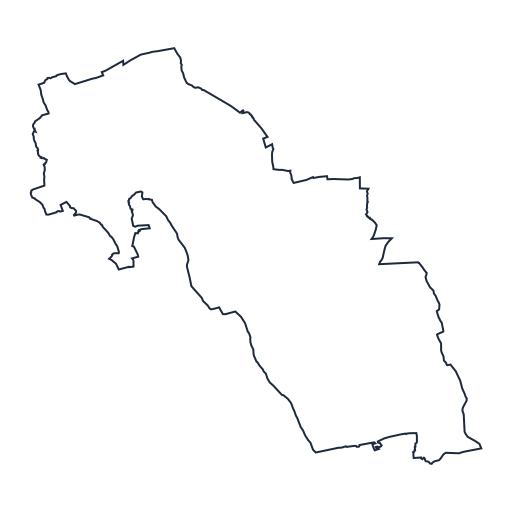 Vultureni, Bacau, Romania (Natural Earth projection)
{"feature_id": "2599482B57556224697015", "entity_name": "Vultureni", "entity_type": "district", "adm_level": 2, "iso_a3": "ROU", "parent_name": "Romania", "parent_adm1": "Bacau", "projection": "natural_earth1", "projection_center": [27.229, 46.411], "detail": "fine", "context": "isolated", "style": "outline", "palette": "slate", "viewbox_px": 512, "rotation_deg": 0, "n_neighbors": 0, "source": "geoboundaries", "source_scale": "gbopen_adm2", "svg_char_len": 5951}
<svg xmlns="http://www.w3.org/2000/svg" viewBox="0 0 512 512"><path d="M481.3,448.4L479.4,443.8L475.0,440.9L467.6,436.8L465.7,434.0L464.6,431.8L463.7,414.3L462.4,410.6L462.7,408.3L463.3,406.8L466.6,400.6L466.7,398.4L465.6,396.6L464.5,393.4L463.0,390.3L462.0,387.7L460.3,380.9L455.8,371.3L450.5,364.6L447.3,365.2L446.8,364.8L445.9,362.6L443.9,360.5L443.6,356.8L441.5,352.0L441.1,350.2L441.1,343.9L440.8,342.8L438.7,339.2L437.0,334.8L437.6,334.1L443.1,331.7L443.4,331.2L441.8,323.0L440.1,320.3L439.4,318.6L438.7,317.8L438.6,317.0L437.7,314.6L436.8,311.1L439.1,309.4L439.5,304.8L438.9,302.9L437.3,299.9L435.7,295.9L434.0,293.7L433.4,290.5L430.1,287.4L426.6,281.0L425.5,277.0L426.3,275.2L426.7,273.0L424.3,270.1L422.6,267.5L419.1,263.0L418.5,263.0L418.0,262.3L379.2,264.2L380.3,261.4L381.2,260.6L382.6,258.0L384.5,249.6L385.6,245.8L388.0,242.3L391.8,238.3L383.8,238.2L371.6,239.0L373.1,236.8L374.0,234.9L375.8,229.5L376.7,225.2L375.1,222.9L372.8,220.4L372.3,220.3L371.9,219.6L370.5,219.2L370.0,218.8L370.4,218.5L369.9,217.7L369.1,217.8L367.5,216.7L367.8,216.5L366.0,214.4L367.5,212.1L366.5,209.5L367.2,207.6L366.9,206.5L367.3,202.5L367.8,202.0L367.4,201.6L367.4,197.4L367.0,195.7L367.7,193.7L366.9,191.4L368.4,188.7L359.9,188.4L359.8,177.3L357.2,178.0L354.1,178.2L352.4,179.0L348.3,179.5L333.5,179.0L327.5,179.3L327.0,176.2L319.3,176.9L313.4,178.0L313.0,177.1L306.2,180.0L293.6,182.9L291.5,178.9L291.7,178.3L291.3,175.4L290.2,172.6L290.3,170.7L288.2,171.1L282.7,169.9L279.4,169.9L273.5,169.2L273.3,166.9L272.2,161.6L272.0,154.6L272.2,152.1L273.4,148.9L272.7,147.7L272.1,144.2L265.8,147.5L263.2,138.6L267.5,136.9L261.3,128.2L254.0,119.8L253.3,117.8L252.9,117.9L252.0,116.8L251.9,115.8L251.4,115.7L250.7,114.4L249.8,114.2L249.5,113.2L248.1,112.4L246.9,112.1L242.6,113.1L243.4,110.7L243.2,110.4L242.7,110.4L240.0,112.7L230.9,106.0L203.8,90.1L202.1,89.9L201.3,88.7L198.2,87.3L195.0,87.8L192.9,86.5L192.0,85.5L188.8,84.3L186.7,82.9L184.1,77.5L183.2,73.4L181.7,70.6L181.3,67.1L181.7,64.7L180.8,63.3L181.0,60.7L180.6,58.7L180.0,57.2L177.3,53.7L174.2,48.2L157.5,51.2L151.9,51.9L150.0,52.6L140.8,54.6L130.3,60.4L123.4,64.9L123.1,60.8L105.7,70.6L101.8,72.1L103.2,75.4L95.8,78.0L92.3,78.7L74.9,84.1L69.9,81.0L69.1,80.2L66.8,75.9L65.9,73.4L61.1,74.0L57.9,74.9L56.6,75.4L56.2,76.2L52.4,77.2L50.4,78.3L49.1,77.8L47.6,78.0L47.4,79.0L45.5,80.0L45.0,80.7L44.2,82.8L38.6,84.6L40.7,90.1L41.3,94.8L42.8,99.0L43.7,102.6L45.5,105.3L47.2,110.0L48.5,112.2L48.6,113.5L42.1,115.3L39.8,118.1L34.9,121.5L34.6,122.8L33.3,124.2L32.9,126.1L34.0,128.8L34.6,128.8L34.9,130.3L35.5,131.6L34.4,131.1L34.0,131.2L32.7,134.1L33.8,136.7L33.7,138.3L34.5,141.2L35.5,142.8L36.3,146.9L37.4,147.9L37.6,148.8L38.1,149.3L38.0,150.5L37.5,150.8L38.0,152.1L38.0,153.7L38.8,155.5L39.8,156.5L41.2,157.0L40.8,157.8L42.1,158.2L43.8,158.1L43.8,158.4L46.8,159.8L46.1,162.5L44.6,163.6L44.9,164.0L43.7,164.9L44.6,166.6L44.8,170.0L43.8,173.5L44.4,176.7L44.1,180.1L44.4,185.6L33.0,189.5L31.2,190.7L31.3,192.0L30.7,193.0L31.0,194.6L32.3,197.6L34.7,198.4L34.8,198.9L39.8,202.1L42.4,204.7L43.6,207.9L44.4,208.6L45.2,211.7L46.4,214.6L48.6,214.6L56.5,212.3L56.7,211.8L57.9,211.1L59.4,211.1L60.1,211.6L62.8,210.9L60.6,204.9L66.5,201.9L70.1,206.2L70.1,207.3L71.5,208.1L73.6,208.2L76.0,210.9L76.1,212.1L75.6,213.2L73.9,215.0L74.2,215.6L77.5,214.7L79.8,214.5L89.2,217.3L89.4,217.8L90.8,218.6L90.6,218.9L97.1,221.1L99.9,222.8L100.9,224.5L101.6,224.6L102.4,225.5L102.5,226.6L108.0,232.5L110.3,236.3L111.2,236.6L113.2,239.1L115.6,243.9L117.3,246.4L118.9,251.8L118.7,253.2L114.6,253.2L113.3,253.6L112.0,254.8L112.2,255.4L111.7,256.3L109.1,258.8L111.5,260.0L116.0,263.7L118.8,269.5L128.9,266.8L129.1,267.2L133.5,266.6L133.5,261.3L133.1,259.6L132.1,258.4L138.2,256.7L137.7,254.4L133.9,246.6L132.3,246.1L134.0,237.5L135.3,233.1L137.8,233.3L137.9,232.7L138.2,232.5L138.3,231.2L139.6,231.2L139.8,230.8L139.3,229.9L141.7,229.1L149.7,228.3L148.6,225.1L137.6,225.7L135.2,226.7L133.2,225.8L131.7,218.7L132.9,215.4L132.9,214.7L131.7,211.1L132.3,210.9L132.5,209.5L130.6,208.8L129.9,205.9L129.0,204.7L128.7,202.5L129.0,202.3L128.4,201.6L128.4,200.8L129.1,200.0L129.0,199.2L130.7,197.9L132.5,195.6L134.0,194.8L136.1,192.5L141.0,191.5L142.4,192.4L141.9,196.4L143.0,199.0L143.5,199.3L146.2,198.9L148.1,199.3L149.0,198.9L149.7,199.5L151.9,199.8L152.7,202.4L156.0,206.8L158.9,208.8L166.3,216.3L167.9,219.8L170.2,222.8L171.8,225.8L176.5,232.8L177.1,234.0L177.6,237.2L178.5,239.6L184.9,248.0L187.3,254.2L188.0,257.1L188.4,260.4L187.0,264.6L186.9,266.5L189.5,276.9L191.4,286.2L201.8,297.9L203.1,301.1L207.6,305.3L209.5,308.3L210.6,309.2L212.4,309.2L219.1,307.4L222.9,314.1L225.3,314.2L235.3,311.5L240.9,316.7L245.0,323.0L247.8,331.6L248.9,333.0L250.1,336.2L250.5,337.8L250.2,338.7L250.5,342.7L251.5,345.9L253.3,349.4L253.6,354.4L254.2,356.4L256.6,361.8L257.4,362.2L259.5,365.6L262.8,369.4L263.6,371.3L265.9,373.7L267.5,378.7L269.8,382.5L273.3,385.6L281.6,394.6L282.3,395.1L283.3,395.1L287.8,398.8L290.8,402.7L292.0,405.3L292.8,407.9L294.5,411.5L295.8,415.4L297.2,417.9L300.7,427.0L303.1,430.6L305.2,435.5L308.4,440.4L310.5,442.8L313.0,449.7L315.8,452.5L338.2,447.8L341.7,447.6L345.9,446.3L346.5,446.9L354.9,445.8L356.3,446.1L356.7,446.8L358.8,446.7L359.5,445.8L359.6,445.0L373.8,442.4L374.4,442.4L375.3,443.4L372.4,444.2L373.2,447.0L374.7,450.3L378.8,449.0L377.9,448.2L376.5,448.3L375.8,447.0L377.5,446.6L377.9,447.4L380.5,446.7L381.6,445.5L380.0,443.1L378.1,442.6L377.8,441.5L379.6,440.6L384.5,438.3L390.2,436.7L400.8,434.4L405.6,433.6L405.9,434.0L407.7,433.4L410.5,433.2L416.3,433.1L416.9,435.9L416.9,441.9L416.6,442.8L415.4,443.6L415.4,446.7L414.8,446.8L415.1,450.3L414.4,450.4L414.3,451.7L413.1,452.2L413.5,453.5L413.4,455.3L413.7,458.0L421.0,457.5L420.9,458.2L422.4,459.2L423.7,457.7L424.0,457.7L424.5,458.1L425.4,460.8L425.9,461.2L428.7,461.8L429.9,463.4L430.4,463.6L431.7,463.8L432.2,462.9L434.3,461.4L439.0,460.2L440.5,458.6L443.5,454.3L445.8,452.8L458.9,453.3L463.6,451.8L481.3,448.4Z" fill="none" stroke="#1e293b" stroke-width="2"/></svg>